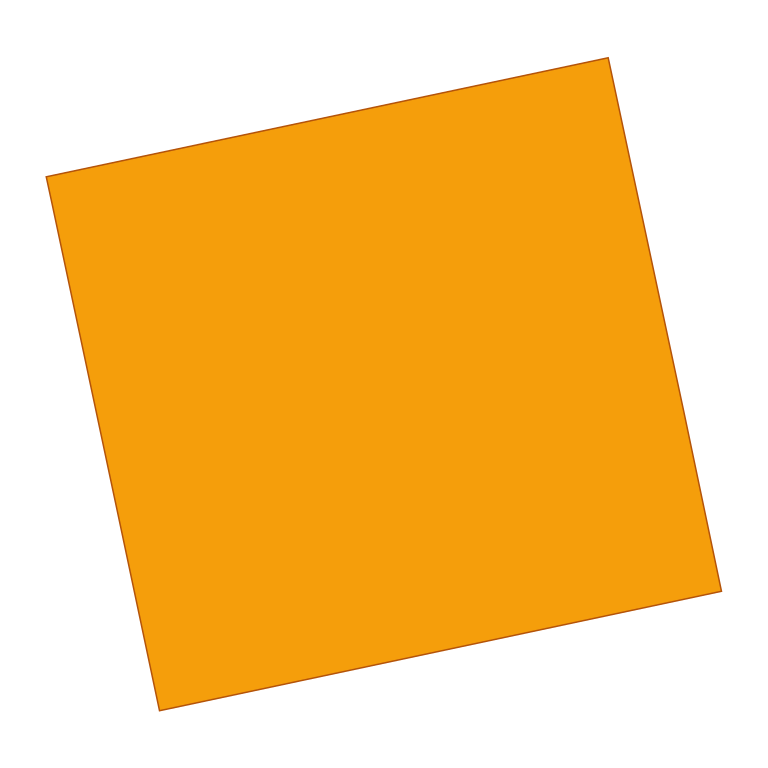 the district of Haskell, Kansas, United States of America, rotated 78°
{"feature_id": "52423323B82156570325304", "entity_name": "Haskell", "entity_type": "district", "adm_level": 2, "iso_a3": "USA", "parent_name": "United States of America", "parent_adm1": "Kansas", "projection": "equal_earth", "projection_center": [-100.898, 37.562], "detail": "fine", "context": "isolated", "style": "filled", "palette": "amber", "viewbox_px": 768, "rotation_deg": 78, "n_neighbors": 0, "source": "geoboundaries", "source_scale": "gbopen_adm2", "svg_char_len": 286}
<svg xmlns="http://www.w3.org/2000/svg" viewBox="0 0 768 768"><g transform="rotate(78 384 384)"><path d="M111.5,96.9L111.2,503.4L111.1,671.3L138.0,671.2L475.2,671.3L656.9,671.5L656.9,527.6L656.9,97.0L475.3,96.5L111.5,96.9Z" fill="#f59e0b" stroke="#b45309" stroke-width="1.5"/></g></svg>